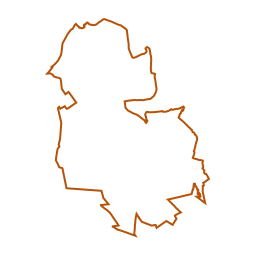 Amatán, Chiapas, Mexico, rotated 4°
{"feature_id": "50627088B28872872188545", "entity_name": "Amatán", "entity_type": "district", "adm_level": 2, "iso_a3": "MEX", "parent_name": "Mexico", "parent_adm1": "Chiapas", "projection": "orthographic", "projection_center": [-92.839, 17.389], "detail": "fine", "context": "isolated", "style": "outline", "palette": "amber", "viewbox_px": 256, "rotation_deg": 4, "n_neighbors": 0, "source": "geoboundaries", "source_scale": "gbopen_adm2", "svg_char_len": 5810}
<svg xmlns="http://www.w3.org/2000/svg" viewBox="0 0 256 256"><g transform="rotate(4 128 128)"><path d="M70.9,192.4L105.9,192.5L108.2,199.0L108.2,199.4L113.9,205.4L105.6,206.9L107.0,207.2L107.5,208.0L108.8,208.8L110.1,209.8L112.0,210.9L113.5,211.9L116.1,214.0L125.5,225.9L125.2,226.1L123.5,226.3L122.4,226.7L121.5,226.7L120.0,227.2L118.8,227.3L119.8,227.6L124.5,229.9L124.5,230.1L127.6,230.7L129.5,231.2L133.9,232.4L142.9,235.0L141.6,233.2L141.8,228.0L141.7,226.3L141.8,222.7L141.9,217.5L142.5,213.1L145.0,216.6L145.1,216.4L145.3,216.5L145.3,216.8L148.3,220.6L158.4,223.7L162.3,222.8L163.5,225.6L172.7,218.1L179.3,221.5L181.3,217.6L182.7,215.2L181.2,213.0L181.0,211.9L184.5,209.7L186.6,208.5L184.3,206.7L182.8,205.3L181.7,204.6L180.6,203.4L172.8,196.6L180.8,194.2L182.3,193.7L183.5,193.4L186.1,192.5L196.0,189.5L196.8,185.3L197.0,185.4L197.4,184.6L197.5,180.1L197.6,179.9L197.7,179.0L198.6,178.9L198.9,179.5L198.3,180.1L198.1,181.1L198.1,181.6L199.9,181.4L200.2,181.8L200.2,182.1L200.5,182.5L201.0,183.5L201.3,184.4L201.4,184.5L202.2,184.6L202.5,185.3L201.9,186.0L202.1,186.9L202.1,187.3L202.7,187.8L203.2,187.5L204.5,188.8L204.3,189.1L203.6,188.9L202.5,188.2L202.3,188.2L202.0,188.8L203.8,190.0L205.1,190.8L205.0,191.5L204.6,191.6L203.7,192.4L202.7,191.6L202.4,191.5L201.2,191.7L210.2,197.5L206.9,186.1L206.8,181.9L206.6,180.6L207.6,180.1L207.4,178.4L206.9,177.4L208.0,176.7L210.9,174.4L212.3,173.1L211.4,172.0L211.2,171.4L210.3,169.9L209.8,169.4L209.1,168.3L208.6,168.3L207.9,168.2L207.4,167.9L207.0,167.1L207.0,166.7L207.1,166.0L207.1,165.0L206.4,164.3L205.8,163.7L205.1,163.2L205.1,162.8L205.7,162.1L205.7,161.3L205.1,159.6L204.7,157.4L204.9,156.6L205.0,155.8L204.8,155.2L203.0,155.0L202.7,155.0L202.0,154.9L200.7,154.9L199.1,154.3L197.5,154.1L196.9,153.9L196.3,153.9L195.7,153.7L195.1,153.5L194.7,153.3L195.3,151.3L195.8,149.8L195.9,149.1L195.9,148.3L196.0,147.7L195.9,147.3L195.5,146.7L195.3,146.5L195.7,145.2L196.0,144.1L196.2,142.4L196.5,141.5L196.6,139.7L197.0,138.3L197.1,137.3L197.3,136.5L197.8,134.9L197.7,134.0L197.6,133.0L197.2,132.1L196.7,131.1L196.3,130.5L195.7,130.3L195.0,129.7L194.9,129.4L194.9,129.0L194.5,128.2L194.1,127.9L193.2,127.8L192.7,127.6L192.4,126.6L192.0,125.9L191.6,125.2L191.1,125.2L190.2,124.1L188.0,122.4L187.3,121.9L186.4,120.8L185.8,120.5L185.3,120.1L183.7,118.6L181.2,116.7L179.9,115.8L179.2,115.2L178.4,114.7L177.8,114.0L177.8,113.6L178.0,113.1L178.5,112.6L178.4,111.8L178.6,111.0L178.8,110.5L179.0,110.5L179.6,109.9L179.5,109.4L179.7,108.9L179.9,108.2L180.5,107.1L181.0,107.4L181.6,106.8L181.1,105.9L182.1,105.5L182.0,104.1L182.5,103.7L182.2,103.4L182.0,102.9L181.8,102.8L181.6,103.2L181.0,103.4L180.5,103.3L179.6,104.0L178.9,104.3L177.6,105.1L173.6,105.9L171.4,106.8L170.4,106.6L169.9,106.2L168.5,107.3L167.8,107.8L164.8,109.1L162.5,109.3L161.4,109.3L160.8,108.7L160.1,109.0L159.2,109.2L156.6,109.7L155.8,109.8L155.1,110.0L152.5,110.4L149.7,110.7L148.4,110.8L148.0,110.7L147.0,110.7L146.3,110.6L145.7,110.6L145.3,110.8L144.9,111.5L144.8,112.0L144.6,112.2L144.3,112.8L144.3,114.0L144.5,114.5L145.2,115.3L145.2,116.4L145.7,117.4L145.8,118.0L145.6,118.6L146.8,119.3L146.6,120.0L146.0,121.3L145.9,121.6L145.5,121.6L145.2,121.3L144.7,120.4L144.2,119.6L143.8,119.1L142.7,118.5L141.6,117.7L139.3,116.2L139.0,115.9L138.0,115.3L137.4,115.0L136.3,114.3L135.8,114.1L135.2,113.9L133.2,113.3L131.1,112.6L128.8,111.4L128.3,111.3L126.7,110.5L125.7,109.6L124.9,108.8L124.4,108.5L123.9,107.1L123.6,105.7L123.3,103.8L122.8,101.7L127.4,100.5L127.9,100.5L128.5,100.4L129.1,100.3L129.6,100.0L130.4,100.0L132.6,99.6L134.1,99.7L136.3,99.5L137.2,99.4L138.2,99.2L141.5,99.2L143.3,98.5L148.3,97.4L149.3,96.5L149.5,96.2L150.5,95.3L151.3,94.5L152.2,93.0L152.4,92.3L152.8,91.6L153.1,90.7L153.6,88.9L153.7,88.1L153.7,86.8L153.4,85.2L153.0,84.0L152.6,82.1L152.4,80.6L152.0,79.2L151.6,77.2L151.3,76.7L151.2,76.2L151.0,74.3L151.0,73.9L151.3,72.3L150.7,72.0L147.8,71.6L147.4,71.1L146.9,69.1L146.5,65.7L146.6,63.1L146.4,61.5L146.5,60.1L146.5,59.0L146.3,57.9L146.2,56.2L145.8,54.3L145.5,53.7L145.1,52.5L144.9,51.1L144.4,49.3L144.3,48.2L144.0,47.8L143.5,47.1L142.1,46.2L141.5,45.9L140.4,46.7L139.9,47.4L139.9,47.6L140.2,48.2L140.6,48.7L141.2,49.7L141.2,50.1L141.1,50.5L140.8,51.2L140.0,52.1L139.7,52.4L138.7,52.9L137.6,53.1L137.0,53.3L134.9,54.4L130.5,57.0L129.6,57.3L129.1,57.5L128.5,57.6L128.1,57.6L127.3,57.0L126.9,56.3L124.4,51.4L123.2,48.8L123.1,48.1L123.0,46.9L122.8,44.4L122.6,43.4L122.5,42.9L122.3,41.7L122.0,40.7L121.6,38.7L121.3,37.4L121.1,35.8L120.8,34.5L120.6,33.9L120.5,32.8L120.1,31.7L120.2,31.0L120.0,30.6L119.7,30.0L118.8,29.3L117.7,28.5L115.1,27.1L114.4,26.4L112.8,25.9L110.6,25.5L109.6,25.0L104.5,23.2L103.0,22.7L100.1,22.0L97.8,21.2L96.6,21.0L95.8,21.3L94.9,22.0L94.0,22.8L93.2,23.4L92.2,24.3L91.0,25.1L89.5,26.7L88.6,27.2L87.6,27.6L86.7,27.8L84.2,27.6L82.7,27.4L82.1,27.3L81.7,26.7L81.3,26.5L80.8,25.9L80.0,25.6L79.8,25.6L79.6,26.1L79.2,26.7L79.0,26.8L78.6,26.9L78.5,27.1L78.4,27.6L77.5,27.7L77.3,27.8L77.0,28.1L76.8,28.5L76.9,28.8L77.4,29.4L77.6,29.7L77.6,30.1L77.2,30.7L76.9,30.9L76.7,30.7L76.2,31.2L75.8,31.4L75.6,31.6L75.1,31.8L74.0,31.6L72.2,31.2L72.4,30.7L71.8,30.4L71.5,30.2L71.3,29.9L70.5,29.5L68.7,27.8L68.3,28.3L68.0,28.7L67.8,28.8L67.6,29.2L65.9,32.9L64.6,33.6L62.7,36.1L61.2,38.7L56.8,48.1L56.6,51.6L56.6,53.6L56.3,58.1L56.0,59.8L53.7,65.3L52.3,67.3L50.8,69.1L49.0,71.1L47.5,72.4L48.3,72.8L47.0,74.9L45.4,77.1L43.7,79.4L46.5,78.9L49.2,80.0L50.1,81.5L51.6,82.1L56.5,83.1L57.3,83.7L58.2,87.3L58.2,87.6L59.2,93.5L59.3,93.6L63.2,98.7L66.2,96.2L70.3,101.0L74.6,106.3L66.6,112.7L65.5,113.1L64.9,112.6L63.4,110.7L59.2,113.4L57.8,111.7L56.8,112.9L56.9,113.1L56.9,113.7L61.1,127.5L61.0,141.6L61.0,143.5L60.0,149.6L60.9,151.3L59.4,153.4L59.1,154.7L58.4,162.2L58.3,165.2L61.0,169.6L62.1,171.9L65.4,172.7L70.8,192.2L70.9,192.4Z" fill="none" stroke="#b45309" stroke-width="2"/></g></svg>